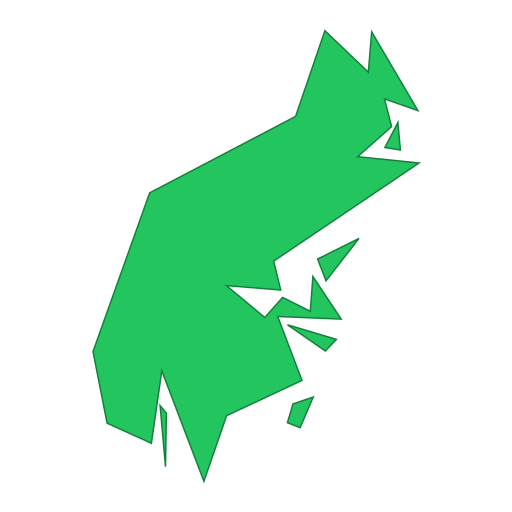 Stockholm, Albers equal-area conic projection
{"feature_id": "SWE-194", "entity_name": "Stockholm", "entity_type": "County", "adm_level": 1, "iso_a3": "SWE", "parent_name": "Sweden", "parent_adm1": "", "projection": "albers", "projection_center": [18.361, 59.539], "detail": "coarse", "context": "isolated", "style": "filled", "palette": "green", "viewbox_px": 512, "rotation_deg": 0, "n_neighbors": 0, "source": "natural_earth", "source_scale": "10m", "svg_char_len": 707}
<svg xmlns="http://www.w3.org/2000/svg" viewBox="0 0 512 512"><path d="M324.9,30.7L368.3,72.2L371.7,31.9L417.9,110.6L384.5,98.9L391.6,126.6L357.6,156.7L419.0,163.0L273.7,261.1L280.7,290.0L226.4,285.6L264.8,317.5L282.6,297.4L310.3,311.3L312.9,276.5L341.2,319.1L277.7,316.5L302.0,380.4L226.6,415.7L203.9,481.3L161.8,370.8L151.4,443.3L107.1,423.2L93.0,351.6L149.7,192.8L295.6,116.4L324.9,30.7ZM359.0,238.4L326.0,280.8L317.6,259.0L359.0,238.4ZM166.4,413.2L165.5,466.7L160.1,405.6L166.4,413.2ZM313.3,397.0L300.1,427.7L287.4,422.7L293.0,403.9L313.3,397.0ZM325.3,351.0L287.5,324.8L336.4,339.4L325.3,351.0ZM397.9,122.5L400.4,150.0L384.9,147.5L397.9,122.5Z" fill="#22c55e" stroke="#15803d" stroke-width="1.5"/></svg>